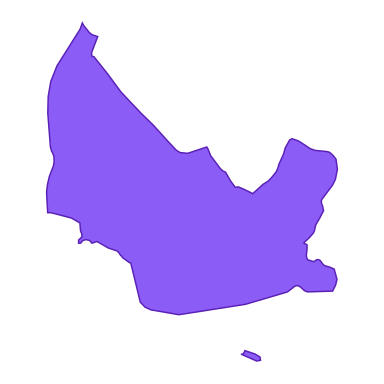 SVG path tracing the border of Groningen, rotated 180°
{"feature_id": "NLD-897", "entity_name": "Groningen", "entity_type": "Province", "adm_level": 1, "iso_a3": "NLD", "parent_name": "Netherlands", "parent_adm1": "", "projection": "mercator", "projection_center": [6.616, 53.2], "detail": "fine", "context": "isolated", "style": "filled", "palette": "violet", "viewbox_px": 384, "rotation_deg": 180, "n_neighbors": 0, "source": "natural_earth", "source_scale": "10m", "svg_char_len": 1997}
<svg xmlns="http://www.w3.org/2000/svg" viewBox="0 0 384 384"><g transform="rotate(180 192 192)"><path d="M336.3,171.3L337.1,184.7L337.4,192.3L336.5,199.6L334.6,207.7L330.6,218.1L329.9,221.9L330.1,227.5L331.1,230.5L332.5,233.0L333.6,237.1L336.2,270.7L335.8,287.6L333.2,302.5L327.0,318.2L303.9,354.8L301.7,361.0L301.6,360.8L300.0,358.1L294.9,351.7L292.0,349.3L286.3,347.4L292.3,331.7L292.4,329.8L292.1,327.8L290.1,327.3L276.3,310.0L263.1,292.1L252.2,280.5L242.3,270.1L237.0,265.0L230.3,258.4L217.9,244.7L208.0,234.1L206.4,232.9L203.7,231.4L196.2,230.7L178.8,236.5L177.2,237.0L176.7,236.1L176.2,235.4L173.2,228.1L163.5,215.2L160.6,212.7L159.0,212.2L158.2,211.4L153.6,203.3L148.8,196.7L145.7,197.1L140.5,194.9L131.2,190.4L120.9,199.7L115.7,203.0L112.0,206.9L107.7,212.3L105.8,216.9L105.6,218.0L104.8,220.4L101.3,228.0L100.1,231.0L98.9,235.7L94.4,244.0L92.1,245.3L86.3,243.4L83.8,242.0L73.7,235.3L68.8,233.6L56.8,232.4L54.3,231.6L50.6,228.2L48.0,224.8L46.6,214.7L48.6,204.6L51.5,198.8L62.0,184.8L62.7,182.9L62.6,181.6L62.3,180.2L61.8,178.8L61.3,177.6L61.0,175.6L60.4,173.4L64.0,166.4L68.2,159.2L69.6,153.1L70.6,151.0L74.5,146.5L79.2,142.1L80.0,141.2L80.0,140.7L78.1,139.9L77.4,139.5L76.9,138.9L77.0,134.3L77.7,128.4L77.2,125.8L76.2,124.2L71.0,122.5L70.0,122.5L69.3,122.9L67.7,124.0L66.7,124.4L65.8,124.4L65.0,124.2L64.0,123.6L62.9,122.3L61.2,119.9L60.1,118.9L59.1,118.3L53.8,116.7L49.8,114.9L47.0,104.6L48.4,98.9L51.4,92.9L76.3,92.1L79.2,93.1L84.2,97.5L86.9,98.5L89.3,97.7L96.5,92.1L138.5,79.7L205.1,69.3L233.0,74.1L238.9,76.8L243.7,81.8L253.2,120.9L254.7,121.5L261.5,126.4L262.1,127.6L263.4,128.6L264.8,130.8L266.8,133.0L275.7,136.0L287.0,142.5L292.0,140.8L294.4,143.5L297.8,144.4L301.1,143.5L303.5,140.8L305.4,140.8L305.4,144.0L303.2,146.0L302.1,147.4L302.1,149.5L303.5,153.4L304.1,161.1L312.7,166.0L333.1,171.3L336.3,171.3ZM123.5,23.7L127.4,23.0L143.0,29.9L141.7,29.8L140.7,30.4L139.8,31.6L139.1,33.4L129.0,30.0L124.0,26.9L123.5,23.7Z" fill="#8b5cf6" stroke="#5b21b6" stroke-width="1.5"/></g></svg>